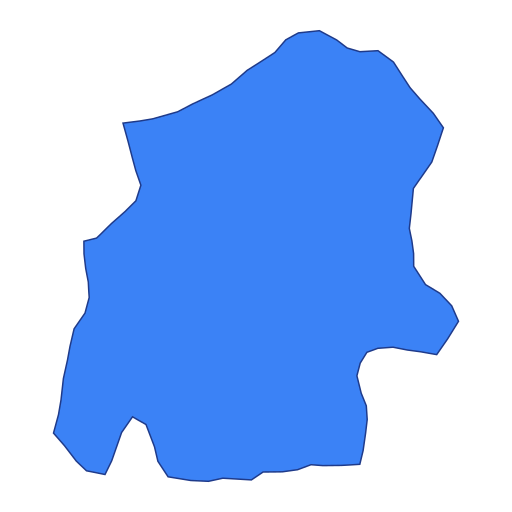 Aniocha South, Delta, Nigeria (Robinson projection)
{"feature_id": "59680162B29589714384573", "entity_name": "Aniocha South", "entity_type": "district", "adm_level": 2, "iso_a3": "NGA", "parent_name": "Nigeria", "parent_adm1": "Delta", "projection": "robinson", "projection_center": [6.492, 6.145], "detail": "fine", "context": "isolated", "style": "filled", "palette": "blue", "viewbox_px": 512, "rotation_deg": 0, "n_neighbors": 0, "source": "geoboundaries", "source_scale": "gbopen_adm2", "svg_char_len": 1549}
<svg xmlns="http://www.w3.org/2000/svg" viewBox="0 0 512 512"><path d="M378.0,50.7L359.9,51.7L347.2,48.0L337.1,40.3L336.9,40.1L319.4,30.7L302.2,32.5L298.4,32.9L294.5,35.0L285.8,39.8L280.4,46.1L274.9,52.5L258.1,63.4L256.2,64.6L247.2,70.3L231.3,84.1L221.0,89.9L220.9,90.0L212.0,95.0L203.5,98.9L200.7,100.2L192.7,103.9L177.6,111.8L152.4,118.9L139.8,121.0L123.0,123.1L128.1,141.5L132.4,158.0L135.8,170.6L140.9,185.2L135.9,200.8L127.9,208.7L125.0,211.6L111.6,223.4L107.7,227.2L99.8,235.0L96.5,238.1L83.9,241.2L84.0,253.8L85.7,268.4L88.3,282.0L88.7,289.8L89.2,297.5L85.0,313.1L74.1,328.8L70.0,346.4L67.5,360.0L63.4,378.5L61.0,400.0L58.5,414.6L53.5,433.1L64.5,445.7L76.3,461.1L86.5,470.8L95.7,472.6L105.0,474.5L111.7,460.8L121.6,432.5L132.5,416.8L138.4,420.2L146.0,424.5L154.5,446.8L157.9,461.3L168.1,476.8L190.8,480.5L208.5,481.3L222.8,478.2L251.4,479.9L260.0,474.1L263.1,472.0L275.1,471.9L282.4,471.8L297.6,469.7L311.0,464.7L322.8,465.6L341.3,465.4L348.8,465.0L359.8,464.3L363.1,450.6L365.6,433.1L367.2,419.5L366.3,405.8L361.2,393.2L356.9,375.8L360.2,363.1L366.9,352.3L374.6,349.5L377.8,348.3L393.0,347.2L407.3,350.0L420.8,351.8L436.7,354.6L447.6,338.9L458.5,321.3L456.7,317.2L451.7,305.8L439.9,293.3L425.5,284.6L421.9,279.0L413.7,266.3L413.6,253.6L411.9,241.0L409.3,228.4L410.3,219.9L411.0,213.7L413.4,188.4L416.4,184.1L419.0,180.3L420.9,177.7L431.8,162.0L436.1,149.7L437.6,145.4L441.9,132.3L443.4,127.8L433.3,113.3L419.8,98.9L410.5,88.2L409.8,87.3L405.1,80.1L402.8,76.6L393.5,62.1L378.0,50.7Z" fill="#3b82f6" stroke="#1e3a8a" stroke-width="1.5"/></svg>